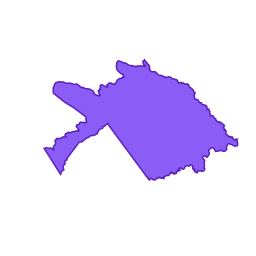 São Domingos, Goiás, Brazil, rotated 234°
{"feature_id": "56859067B73761479247752", "entity_name": "São Domingos", "entity_type": "district", "adm_level": 2, "iso_a3": "BRA", "parent_name": "Brazil", "parent_adm1": "Goiás", "projection": "mercator", "projection_center": [-46.484, -13.45], "detail": "fine", "context": "isolated", "style": "filled", "palette": "violet", "viewbox_px": 256, "rotation_deg": 234, "n_neighbors": 0, "source": "geoboundaries", "source_scale": "gbopen_adm2", "svg_char_len": 5868}
<svg xmlns="http://www.w3.org/2000/svg" viewBox="0 0 256 256"><g transform="rotate(234 128 128)"><path d="M178.8,131.4L178.6,130.5L177.1,129.4L176.5,128.7L176.2,128.0L175.4,127.9L175.6,126.7L175.6,125.7L173.8,125.2L173.2,124.8L171.5,125.0L170.8,124.8L170.6,124.1L171.8,123.1L171.9,122.5L174.1,121.4L175.7,120.5L176.4,121.2L178.1,121.5L179.5,121.1L182.3,119.6L184.6,117.0L186.8,115.5L187.5,115.4L187.6,114.6L188.1,114.1L188.9,113.7L190.5,113.6L191.6,113.0L193.4,112.6L194.2,111.8L194.3,111.0L195.6,109.3L197.1,108.7L199.4,106.2L199.7,105.1L200.9,104.0L203.1,102.9L203.8,101.9L206.1,99.2L207.1,96.0L206.6,95.2L206.5,94.2L205.2,92.9L204.7,91.5L203.9,90.7L200.1,88.1L185.7,92.1L176.5,96.0L162.0,100.4L160.5,100.0L160.2,99.5L159.9,99.0L159.3,98.6L158.4,98.4L157.9,98.4L157.1,98.1L157.2,96.5L158.0,96.3L158.9,94.9L159.2,94.2L160.5,93.4L160.5,91.9L160.0,91.1L159.7,90.2L160.3,89.2L160.5,88.1L160.1,87.4L159.1,87.0L158.0,87.2L156.9,87.0L155.8,87.0L155.1,87.1L154.6,86.4L154.7,85.8L155.5,85.4L156.0,84.6L156.5,83.4L156.6,82.5L157.8,80.8L157.8,79.2L158.0,78.5L158.4,78.0L159.0,77.8L159.6,77.5L159.7,76.9L159.6,76.2L160.0,74.4L159.9,73.7L159.3,72.9L158.1,72.6L157.3,72.8L158.2,71.1L158.9,70.4L159.2,69.6L158.9,68.9L159.6,67.3L159.6,66.6L159.8,65.9L161.1,64.9L161.4,64.0L160.8,63.4L161.0,62.1L160.5,61.4L159.5,60.9L158.6,60.7L157.7,59.9L157.3,59.1L157.3,58.2L157.1,57.2L156.6,56.6L156.1,56.1L155.3,55.9L153.9,55.0L155.7,54.5L157.3,53.5L157.7,52.8L158.3,52.0L160.3,50.0L160.2,48.8L160.7,48.2L130.2,46.2L130.4,46.8L131.6,48.0L132.0,49.3L131.9,51.6L132.7,51.7L135.0,52.7L135.5,53.6L136.0,56.1L136.7,56.5L137.9,56.9L138.4,57.3L138.0,59.7L138.4,60.3L139.4,60.8L139.7,61.6L139.8,62.6L145.2,79.9L145.0,80.9L143.9,82.2L144.1,83.5L143.8,84.1L144.1,85.3L144.3,85.8L144.0,88.2L144.2,89.0L143.6,90.9L143.8,92.9L142.9,94.9L142.3,95.4L141.8,97.1L142.0,97.9L141.6,98.7L141.5,99.8L142.0,100.2L142.2,100.9L142.8,101.9L143.6,103.7L143.5,104.8L142.8,107.6L143.6,108.6L143.7,109.2L143.3,109.7L143.2,110.5L143.6,112.2L143.3,113.5L143.7,114.0L77.2,114.5L76.8,115.0L76.1,114.6L75.3,114.8L74.8,114.5L74.1,114.6L73.2,115.0L74.1,116.0L73.5,117.2L72.0,117.6L70.7,118.5L70.2,119.1L70.1,119.9L70.4,120.5L70.1,121.6L70.6,122.6L69.9,123.0L69.5,123.6L69.6,124.5L68.9,124.6L67.5,125.6L68.0,126.2L67.4,126.7L67.3,127.6L66.7,127.0L66.0,127.3L66.4,127.8L66.9,128.1L67.1,131.0L66.7,131.8L65.9,132.3L65.8,133.9L66.4,135.1L66.1,136.1L66.8,136.3L66.9,137.0L66.5,137.6L65.8,137.3L65.0,137.9L64.1,137.9L63.5,138.5L63.7,139.1L63.7,139.7L62.9,139.9L63.0,140.8L63.9,141.4L64.3,142.3L63.6,143.2L63.8,144.5L64.8,144.2L65.0,145.3L65.4,146.4L64.9,147.2L64.2,147.5L63.2,147.6L62.1,148.8L62.2,150.0L63.0,150.8L63.3,151.9L62.8,153.6L62.3,154.4L61.1,155.0L61.4,157.1L60.4,157.8L59.3,157.8L56.7,156.4L55.9,156.8L55.4,157.7L54.6,156.4L53.7,156.4L52.8,156.6L52.2,157.1L51.6,157.2L51.1,157.9L52.3,159.5L51.1,160.8L50.2,162.0L49.4,162.4L48.9,163.8L49.0,164.8L49.5,165.8L50.2,166.2L51.3,166.3L52.0,167.3L55.2,169.3L55.9,170.2L56.8,170.9L58.0,171.1L59.1,170.7L60.2,170.9L60.9,172.1L60.8,173.0L60.4,173.6L59.9,174.0L58.3,174.3L57.9,174.9L58.5,177.3L59.3,178.4L60.0,179.1L61.2,179.4L62.2,179.9L62.7,180.4L63.0,183.4L62.9,184.0L62.1,185.0L61.5,185.5L60.0,185.4L57.7,185.0L55.9,188.2L55.3,190.3L53.6,191.0L52.7,192.1L52.2,193.1L52.8,195.4L54.7,196.4L55.8,198.2L56.3,199.4L56.1,200.2L55.6,200.8L54.9,201.2L52.8,202.7L51.4,203.2L50.5,203.9L50.1,204.4L49.4,206.1L50.8,207.5L52.0,208.0L53.2,208.7L54.4,209.0L54.8,209.8L55.6,208.7L55.3,207.9L56.5,206.6L58.5,207.0L59.6,207.0L59.7,206.2L60.5,206.0L60.4,205.3L61.2,205.4L61.4,204.7L62.3,204.6L63.1,204.2L63.9,204.3L64.4,203.8L65.2,203.8L65.9,203.5L66.8,204.7L67.9,205.6L68.6,205.5L69.4,205.6L69.6,204.7L70.3,205.2L71.5,205.6L72.1,205.2L72.5,206.2L73.1,206.8L73.4,207.6L75.0,207.0L76.7,206.8L77.7,206.1L79.0,205.9L78.8,205.2L79.1,204.7L80.6,204.4L81.0,203.9L81.8,203.9L82.8,203.7L83.8,204.3L85.5,203.7L86.6,203.9L87.5,203.8L88.2,203.9L88.7,202.3L89.5,201.8L90.0,202.3L90.7,202.7L91.4,202.5L93.4,204.0L94.2,203.8L94.9,203.8L95.8,204.5L96.1,203.6L96.5,202.9L97.1,203.1L98.5,204.2L99.7,204.5L100.7,204.1L101.7,203.4L103.0,201.8L103.9,202.0L104.7,201.9L105.4,202.1L106.5,200.8L107.9,201.0L108.8,201.0L109.7,201.2L110.4,200.7L110.9,200.0L111.6,199.7L112.1,199.0L113.1,199.4L115.6,200.8L116.1,201.5L116.4,202.4L117.3,202.9L117.4,202.2L118.1,202.3L118.7,202.6L119.9,203.0L120.7,203.0L123.0,202.6L123.9,202.1L124.8,201.9L125.8,201.8L127.2,202.5L128.6,202.1L128.7,201.0L129.4,200.9L130.0,200.2L130.4,199.5L131.3,199.5L132.0,199.0L132.4,198.0L133.3,198.1L133.3,197.1L134.2,196.7L134.7,196.0L134.8,195.4L135.9,195.1L136.5,195.8L137.6,195.9L138.5,195.7L139.0,194.9L140.4,194.4L141.4,193.0L143.5,192.4L144.9,191.7L145.6,190.8L146.1,189.2L146.8,188.3L148.1,187.6L149.1,186.9L149.9,186.6L150.7,185.7L151.8,185.1L152.1,184.2L154.0,183.6L156.6,183.4L157.4,183.0L158.1,182.5L158.8,181.4L159.3,180.4L160.1,179.8L161.5,179.8L162.2,180.0L162.8,179.9L164.7,181.4L166.8,181.9L168.3,181.5L170.0,181.6L171.4,181.3L173.4,181.5L173.2,180.7L173.4,179.9L172.7,179.3L172.4,178.6L171.1,178.4L170.2,178.0L168.1,178.6L167.8,177.9L168.4,177.7L171.5,173.8L172.1,173.0L172.2,171.7L173.2,171.1L173.4,170.5L173.1,169.9L175.0,168.9L175.7,168.5L176.1,167.7L177.3,166.5L179.3,165.0L180.1,165.0L182.4,163.9L183.0,163.4L183.0,162.6L185.0,161.9L188.1,159.7L187.5,157.5L187.1,156.9L186.1,156.4L185.6,155.5L183.2,153.9L180.7,153.3L176.2,154.2L174.2,155.5L173.2,154.7L172.4,154.6L171.4,154.6L172.3,152.9L172.1,151.7L172.7,150.9L172.9,150.3L173.0,149.4L172.9,148.3L173.1,147.7L172.6,146.4L172.2,146.0L172.0,145.3L171.6,144.5L171.7,143.5L171.1,142.9L172.5,141.7L173.6,141.0L174.5,140.7L174.8,139.9L175.5,139.1L175.2,138.3L175.1,137.3L175.4,136.8L175.0,136.0L174.4,135.9L173.8,136.1L173.3,135.8L173.8,134.7L174.6,134.2L178.2,132.4L178.8,131.4ZM63.8,144.5L63.1,144.9L63.7,145.4L63.8,144.5Z" fill="#8b5cf6" stroke="#5b21b6" stroke-width="1.5"/></g></svg>